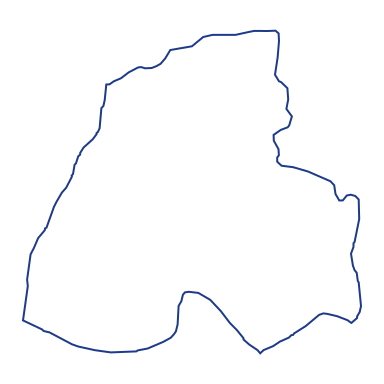 Patzún, Chimaltenango, Guatemala (Mercator projection)
{"feature_id": "79465075B61157694740062", "entity_name": "Patzún", "entity_type": "district", "adm_level": 2, "iso_a3": "GTM", "parent_name": "Guatemala", "parent_adm1": "Chimaltenango", "projection": "mercator", "projection_center": [-91.025, 14.656], "detail": "fine", "context": "isolated", "style": "outline", "palette": "blue", "viewbox_px": 384, "rotation_deg": 0, "n_neighbors": 0, "source": "geoboundaries", "source_scale": "gbopen_adm2", "svg_char_len": 1781}
<svg xmlns="http://www.w3.org/2000/svg" viewBox="0 0 384 384"><path d="M351.4,322.9L357.0,318.1L357.1,316.4L359.7,312.0L361.0,306.1L358.7,282.4L357.8,281.0L356.7,272.8L354.5,270.0L352.9,265.5L351.0,253.7L353.5,246.9L353.5,243.3L354.6,241.9L359.2,219.1L358.7,199.5L355.3,196.0L350.8,194.7L346.8,195.5L342.8,200.4L339.3,200.5L335.5,194.0L334.2,185.2L330.5,181.3L308.0,171.5L293.2,167.2L281.5,165.7L277.2,161.7L277.2,157.5L278.9,155.2L278.5,149.2L273.8,140.7L273.6,134.9L280.8,129.9L287.7,127.3L289.2,125.4L291.9,116.4L286.4,108.9L288.2,99.5L287.4,88.2L281.0,82.0L279.0,81.3L275.0,74.7L277.6,57.7L279.0,41.1L278.6,33.4L275.5,30.7L267.4,31.0L254.3,30.9L249.1,31.9L235.4,34.9L212.4,34.9L203.2,37.0L191.9,46.3L170.3,50.0L165.3,58.3L160.6,63.8L156.5,66.1L151.7,68.0L145.1,68.3L141.2,67.1L138.2,67.4L128.8,72.3L120.9,78.3L113.8,81.3L109.6,84.3L106.3,84.5L104.7,100.2L103.4,106.0L101.4,108.1L99.6,128.3L97.9,132.0L96.6,132.9L96.6,134.1L92.8,139.2L83.6,147.5L80.2,152.9L80.1,154.7L78.3,156.2L75.9,163.5L74.6,164.7L73.0,174.1L71.7,175.5L71.9,176.7L66.2,187.7L61.9,192.6L56.4,202.0L53.9,207.0L46.5,227.7L45.0,228.5L44.8,230.2L38.2,238.0L33.8,248.2L30.6,254.3L27.1,279.6L27.8,286.1L23.0,320.4L42.0,329.4L43.7,331.0L49.5,332.4L72.0,344.3L78.2,346.5L95.0,350.2L110.8,352.4L136.3,351.4L137.8,350.4L147.7,348.5L163.2,341.9L170.7,337.8L173.9,334.3L175.9,331.4L177.6,324.5L178.6,306.0L181.4,301.1L182.9,294.8L184.9,292.4L188.8,291.8L198.3,292.9L210.3,299.9L220.9,311.2L229.9,323.0L236.9,330.1L243.5,338.2L243.5,339.5L249.3,344.6L257.5,350.1L260.2,353.3L263.6,350.1L273.2,346.1L279.9,341.6L288.9,337.6L291.4,335.1L293.1,334.9L294.1,333.4L305.8,326.0L319.2,314.8L321.1,314.2L323.3,313.4L327.4,313.9L337.1,316.2L347.6,320.2L349.5,321.7L351.4,322.9Z" fill="none" stroke="#1e3a8a" stroke-width="2"/></svg>